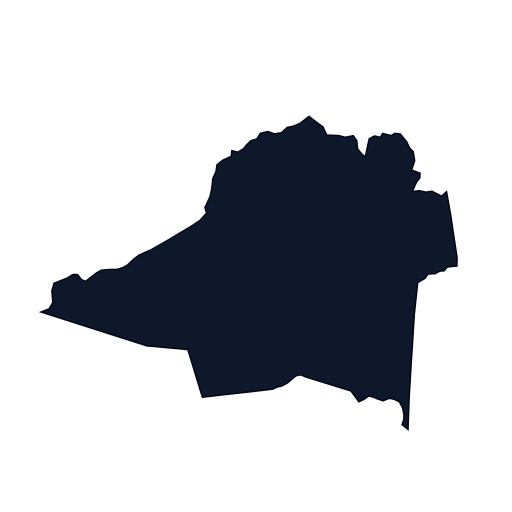 Ereré, Ceará, Brazil, rotated 192°
{"feature_id": "56859067B52861098652317", "entity_name": "Ereré", "entity_type": "district", "adm_level": 2, "iso_a3": "BRA", "parent_name": "Brazil", "parent_adm1": "Ceará", "projection": "albers", "projection_center": [-38.316, -5.99], "detail": "fine", "context": "isolated", "style": "filled", "palette": "ink", "viewbox_px": 512, "rotation_deg": 192, "n_neighbors": 0, "source": "geoboundaries", "source_scale": "gbopen_adm2", "svg_char_len": 1632}
<svg xmlns="http://www.w3.org/2000/svg" viewBox="0 0 512 512"><g transform="rotate(192 256 256)"><path d="M454.6,156.5L344.2,145.4L303.2,150.3L283.0,113.8L279.0,106.7L261.4,112.7L221.4,126.0L211.9,129.3L208.5,132.0L203.6,134.3L198.6,138.6L195.2,143.1L191.9,147.2L187.4,149.1L182.0,148.0L135.0,143.7L125.1,134.8L121.0,137.9L116.6,142.5L112.2,142.4L107.5,141.5L101.6,140.8L96.1,144.5L91.1,144.6L85.4,143.1L81.0,137.9L78.3,131.5L77.4,126.7L78.1,121.5L71.2,117.9L76.6,148.4L81.9,183.5L84.7,202.8L89.0,231.9L92.3,263.6L86.0,269.3L84.0,274.1L77.2,275.9L73.1,279.4L68.9,280.6L66.8,284.8L62.2,286.5L57.4,287.9L58.9,296.0L67.7,319.4L73.8,335.9L83.0,358.5L86.9,353.1L97.4,355.9L103.0,353.8L109.9,353.8L116.5,351.6L114.4,361.4L112.0,366.5L112.7,371.1L121.6,372.4L120.6,382.3L123.9,390.7L128.4,393.8L132.4,399.1L140.2,405.3L145.7,404.8L148.8,401.9L157.6,402.2L159.0,397.9L164.9,398.1L169.6,394.3L169.7,388.7L169.7,375.5L173.9,377.9L178.9,381.9L181.3,389.6L185.8,393.9L193.4,390.7L200.2,391.0L212.0,389.0L217.3,396.2L225.8,400.0L233.2,403.6L240.6,394.8L247.0,390.4L252.1,388.4L256.7,381.9L263.3,379.3L270.3,380.2L277.3,376.9L279.5,370.7L284.9,367.8L288.5,362.4L290.4,358.5L295.4,353.8L301.5,354.0L301.0,348.3L308.4,342.8L313.1,337.1L312.7,330.1L314.3,323.0L313.3,312.6L313.3,304.6L316.0,292.9L313.3,287.7L317.9,279.6L324.8,272.4L347.3,251.5L360.3,240.0L365.6,236.2L370.7,232.4L374.8,227.8L379.8,220.5L383.6,217.1L389.6,213.8L394.9,212.8L404.2,210.0L408.4,206.4L417.5,195.7L421.8,196.6L426.7,200.7L431.1,199.9L436.5,194.9L447.9,187.3L448.4,179.4L445.1,168.2L447.4,161.3L454.6,156.5Z" fill="#0f172a" stroke="#020617" stroke-width="1.5"/></g></svg>